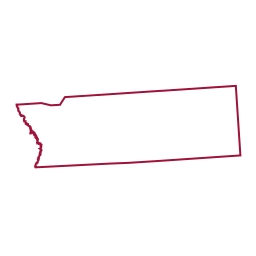 outline of Copo, Santiago del Estero, Argentina, rotated 356°
{"feature_id": "61730980B42398597949751", "entity_name": "Copo", "entity_type": "district", "adm_level": 2, "iso_a3": "ARG", "parent_name": "Argentina", "parent_adm1": "Santiago del Estero", "projection": "natural_earth1", "projection_center": [-63.674, -25.942], "detail": "fine", "context": "isolated", "style": "outline", "palette": "rose", "viewbox_px": 256, "rotation_deg": 356, "n_neighbors": 0, "source": "geoboundaries", "source_scale": "gbopen_adm2", "svg_char_len": 4712}
<svg xmlns="http://www.w3.org/2000/svg" viewBox="0 0 256 256"><g transform="rotate(356 128 128)"><path d="M238.2,163.2L238.5,93.5L67.2,92.8L61.8,100.1L52.7,100.0L43.3,97.1L21.9,97.0L17.5,96.8L18.3,96.9L18.6,97.0L18.6,97.6L18.6,98.0L19.0,98.0L19.1,98.4L18.9,98.5L18.9,99.0L19.0,99.5L19.5,100.2L19.5,100.5L20.0,100.6L20.0,101.5L19.9,101.7L19.8,101.9L19.9,102.0L19.7,102.5L19.7,103.0L20.0,103.5L20.3,103.6L20.3,103.8L20.4,104.0L20.5,104.2L20.6,104.3L20.8,104.3L21.1,104.7L21.2,104.9L21.3,105.5L21.0,106.2L21.4,106.5L21.5,106.7L21.5,107.0L21.5,107.4L21.6,107.8L21.9,108.0L22.0,108.0L22.3,107.9L22.3,108.0L22.2,108.3L22.2,108.5L22.5,108.6L22.7,108.3L22.9,108.2L23.3,108.3L23.5,108.2L24.0,108.3L24.2,108.8L24.6,108.8L24.9,108.9L25.1,109.2L25.3,109.6L25.5,109.7L25.6,110.3L25.5,110.5L25.4,110.6L25.3,111.1L25.0,111.4L25.1,111.5L25.0,111.8L24.9,112.1L24.7,112.3L24.7,112.6L24.9,112.8L24.9,113.0L24.8,113.4L24.8,113.6L25.0,113.7L25.0,114.1L25.4,114.1L25.8,114.1L25.6,114.4L25.6,114.5L25.8,114.7L26.2,114.6L26.3,114.8L26.3,115.0L26.5,115.4L26.5,115.9L26.6,116.1L26.5,116.4L26.4,116.5L26.6,116.6L27.3,116.4L27.4,116.6L27.6,116.6L27.7,116.8L27.6,117.3L27.2,117.2L27.1,117.3L27.5,117.5L28.0,117.7L28.0,117.8L27.8,117.9L27.8,118.0L28.2,118.3L28.3,118.2L28.1,118.0L28.1,117.8L28.3,117.7L28.5,117.6L28.5,117.9L28.5,118.1L28.8,118.2L29.0,118.9L29.3,119.0L29.5,119.2L30.0,119.2L30.1,119.3L29.9,119.5L30.1,120.2L30.2,120.3L30.8,120.5L30.7,120.8L30.7,121.0L30.9,121.1L31.0,121.1L31.1,121.3L31.1,121.7L31.0,121.8L30.4,121.8L30.4,122.0L30.5,122.1L30.8,122.0L31.0,122.4L31.1,122.6L31.4,122.9L31.5,123.0L31.4,123.3L31.0,122.9L30.8,122.9L30.8,123.1L30.6,123.4L30.6,123.7L30.7,123.8L30.8,124.0L30.7,124.2L30.8,124.4L30.7,125.1L30.4,125.7L30.2,126.1L30.2,126.6L30.4,126.6L30.6,126.6L30.7,126.4L30.6,126.2L30.8,126.1L30.8,125.9L30.8,125.6L30.9,125.4L30.8,125.1L30.9,124.9L31.0,124.8L31.4,124.6L31.5,124.6L31.3,125.1L31.2,125.3L31.4,125.5L31.5,125.4L32.0,125.5L32.4,125.3L32.5,124.9L32.8,124.7L32.9,124.8L32.9,125.0L32.9,125.3L32.9,125.5L32.6,125.8L32.5,126.0L32.8,125.9L33.0,126.0L33.3,126.1L33.4,126.3L33.3,126.5L33.4,127.1L33.5,127.1L34.0,126.5L34.1,126.9L34.1,127.0L34.3,127.1L34.3,127.3L34.1,127.6L34.1,127.8L34.0,128.2L34.0,128.4L34.0,128.6L34.5,128.6L34.3,128.5L34.2,128.4L34.2,128.2L34.4,127.8L34.7,128.0L34.8,128.0L34.7,127.9L34.6,127.7L34.8,127.5L34.9,127.9L34.7,128.6L34.6,129.0L34.8,129.1L35.1,129.0L35.3,129.1L35.5,129.2L35.5,129.4L35.3,129.5L35.5,129.7L35.8,129.5L35.9,129.8L36.0,130.0L35.9,130.0L35.6,129.8L35.3,130.1L35.1,130.4L35.1,130.6L35.0,130.8L34.9,131.0L35.0,131.1L35.0,130.8L35.3,130.6L35.5,130.8L35.6,131.0L36.1,131.1L36.4,130.8L36.5,130.9L36.6,131.2L36.7,131.4L36.4,131.3L36.3,131.5L36.0,131.6L35.9,131.7L36.2,132.0L36.4,132.1L36.6,132.2L36.5,132.4L36.6,132.5L36.9,133.0L36.5,133.1L36.4,133.1L36.5,133.3L36.5,133.5L36.7,133.9L36.7,134.4L36.8,134.5L37.0,134.4L37.1,134.5L37.0,134.8L36.8,135.0L36.5,135.4L36.2,135.9L36.2,136.2L36.3,136.2L36.5,136.2L36.5,136.3L36.8,136.3L37.0,136.1L37.0,135.9L37.2,136.5L37.1,136.8L37.4,136.7L37.6,136.8L37.9,136.6L38.1,136.7L38.3,136.8L38.2,136.9L37.6,137.1L37.8,137.7L38.1,137.8L38.1,137.7L38.0,137.4L38.0,137.2L38.4,137.2L38.7,137.1L38.8,137.2L38.6,137.4L38.8,137.7L39.0,137.3L39.2,137.1L39.4,137.1L39.5,137.2L39.4,137.3L39.1,137.4L39.1,137.5L39.5,137.6L39.6,137.8L39.6,138.0L39.9,138.2L39.7,138.3L39.7,138.5L39.9,138.6L40.1,138.8L40.4,139.1L40.3,139.3L40.3,139.6L40.1,139.7L40.2,139.8L40.3,139.9L40.3,140.0L40.0,140.2L39.9,140.5L39.7,140.6L39.9,140.9L39.8,141.1L39.9,141.3L39.6,141.5L39.5,141.8L39.2,142.0L39.3,142.6L39.3,142.8L39.2,142.8L39.0,142.7L38.8,142.7L38.9,142.8L39.0,143.0L39.3,143.1L39.8,143.1L40.0,143.2L40.0,143.4L39.8,143.5L39.7,143.6L39.8,143.7L39.9,143.8L39.9,144.1L39.7,144.4L39.8,144.5L39.4,144.7L39.1,144.9L38.8,145.3L38.8,145.5L39.1,145.4L39.2,145.2L39.3,145.2L39.5,145.2L39.5,145.3L39.1,145.7L39.1,145.9L39.2,146.2L39.2,146.4L39.1,146.6L38.9,146.7L38.9,146.4L38.7,146.4L38.4,146.6L38.5,147.0L38.6,146.9L38.7,147.0L38.8,147.3L38.8,147.5L38.4,147.4L38.3,147.5L38.6,147.6L38.9,148.1L38.6,148.4L38.5,148.5L38.4,149.1L38.2,149.3L37.8,149.3L37.4,149.8L37.1,150.8L37.0,151.0L36.9,151.0L36.8,150.9L36.7,150.9L36.6,151.1L36.5,151.3L36.4,151.4L37.0,151.6L37.0,151.8L37.0,152.0L36.6,152.3L36.7,152.8L36.7,153.0L36.0,153.3L36.1,153.5L36.4,153.9L36.3,154.2L36.0,154.5L35.9,154.7L35.6,155.1L35.5,155.3L35.2,155.6L35.1,155.8L35.2,156.0L34.9,156.0L34.6,156.2L34.6,156.4L34.5,157.0L34.4,157.2L33.8,157.1L33.2,158.3L33.0,158.8L33.1,159.3L33.3,159.6L33.5,159.8L33.4,159.9L33.2,159.7L32.9,159.8L32.9,160.1L32.7,160.2L32.8,160.5L33.2,160.5L33.3,160.6L33.3,160.8L53.9,161.2L106.0,162.2L126.1,162.8L153.8,163.0L238.2,163.2Z" fill="none" stroke="#9f1239" stroke-width="2"/></g></svg>